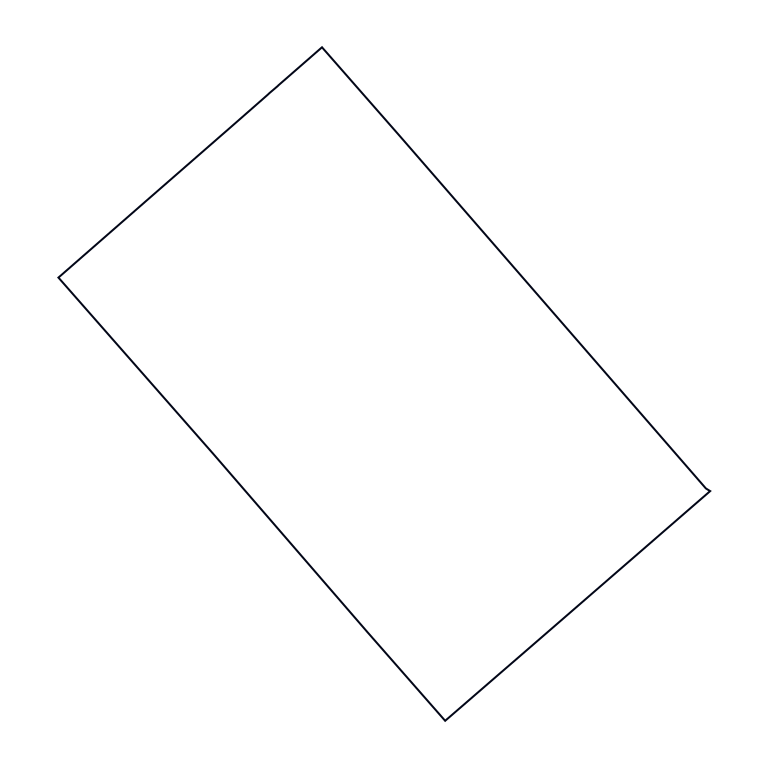 the district of Harvey, Kansas, United States of America, rotated 229°
{"feature_id": "52423323B99569096739159", "entity_name": "Harvey", "entity_type": "district", "adm_level": 2, "iso_a3": "USA", "parent_name": "United States of America", "parent_adm1": "Kansas", "projection": "natural_earth1", "projection_center": [-97.372, 38.043], "detail": "fine", "context": "isolated", "style": "outline", "palette": "ink", "viewbox_px": 768, "rotation_deg": 229, "n_neighbors": 0, "source": "geoboundaries", "source_scale": "gbopen_adm2", "svg_char_len": 353}
<svg xmlns="http://www.w3.org/2000/svg" viewBox="0 0 768 768"><g transform="rotate(229 384 384)"><path d="M89.7,209.2L89.4,344.9L89.2,559.9L94.0,558.4L560.0,558.6L678.8,558.1L678.7,500.3L678.6,499.5L678.7,488.3L678.6,486.4L678.4,440.9L678.2,324.2L677.9,208.1L443.5,209.3L207.3,208.7L89.7,209.2Z" fill="none" stroke="#020617" stroke-width="2"/></g></svg>